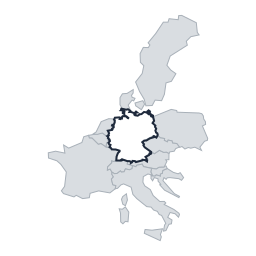 Germany highlighted, Natural Earth projection
{"feature_id": "DEU", "entity_name": "Germany", "entity_type": "country or territory", "adm_level": 0, "iso_a3": "DEU", "parent_name": "Europe", "parent_adm1": "", "projection": "natural_earth1", "projection_center": [10.44, 51.169], "detail": "medium", "context": "with_neighbors", "style": "outline", "palette": "slate", "viewbox_px": 256, "rotation_deg": 0, "n_neighbors": 13, "source": "natural_earth", "source_scale": "50m", "svg_char_len": 7207}
<svg xmlns="http://www.w3.org/2000/svg" viewBox="0 0 256 256"><path d="M108.8,147.2L111.4,149.1L119.4,150.4L116.5,155.3L115.7,160.4L114.2,161.6L111.6,161.0L111.8,162.8L107.6,166.9L107.4,170.1L110.1,169.0L112.0,172.2L111.8,174.2L113.4,176.9L111.4,179.1L112.8,184.7L115.9,185.6L115.2,188.8L109.9,192.9L98.6,190.9L90.1,193.3L89.3,197.7L82.6,198.6L76.2,195.3L74.0,196.9L63.5,193.6L61.4,190.8L64.6,186.4L66.3,172.0L60.9,164.4L56.9,160.8L48.5,158.0L48.3,152.8L55.6,151.2L64.9,153.1L63.6,145.0L68.7,148.1L81.9,142.5L83.8,136.7L88.7,135.3L89.4,137.8L92.0,137.9L98.3,144.1L101.1,143.5L107.1,147.4L108.8,147.2ZM122.7,196.6L126.4,193.8L127.4,200.0L125.4,205.7L122.8,204.2L121.5,199.3L122.7,196.6Z" fill="#d9dde1" stroke="#a8b0b8" stroke-width="1"/><path d="M135.6,82.0L142.2,73.5L143.8,65.7L140.4,62.3L140.1,53.6L143.3,47.4L148.3,47.6L149.9,45.0L148.1,42.8L155.6,33.7L163.3,22.2L168.0,22.2L169.1,18.7L178.2,19.7L178.7,15.6L181.7,15.4L196.3,22.7L197.3,32.4L199.1,34.9L190.8,36.7L186.3,41.2L187.3,45.2L170.2,56.0L166.9,65.3L170.7,70.0L175.9,73.7L171.4,81.3L166.0,82.9L164.4,94.3L161.6,100.7L155.1,100.1L152.2,105.5L145.9,105.8L144.2,99.3L139.6,91.6L135.6,82.0Z" fill="#d9dde1" stroke="#a8b0b8" stroke-width="1"/><path d="M203.3,115.9L203.7,119.0L205.4,121.6L205.6,124.4L202.4,125.9L207.7,138.4L207.3,140.4L204.6,141.2L199.9,147.1L201.5,150.4L194.8,147.2L190.8,148.2L188.2,147.5L184.9,149.0L182.0,146.5L179.7,147.4L176.7,143.5L172.6,143.1L172.0,140.9L168.1,140.1L167.4,141.9L164.3,140.4L164.6,138.5L160.4,137.9L157.8,135.6L155.4,131.1L155.8,128.6L154.4,124.9L152.3,122.4L153.8,120.5L152.5,117.0L171.2,109.4L176.7,110.5L177.1,112.2L199.0,113.0L201.8,113.7L203.3,115.9Z" fill="#d9dde1" stroke="#a8b0b8" stroke-width="1"/><path d="M169.0,153.4L168.9,159.7L165.7,159.8L166.9,161.3L164.1,167.2L159.1,167.3L156.3,169.0L143.5,166.6L142.2,164.1L136.6,165.3L135.9,166.7L127.1,164.1L127.7,161.1L129.4,160.7L132.3,162.7L133.1,160.8L138.1,161.1L142.1,159.8L144.8,160.0L146.6,161.5L147.1,160.3L146.2,155.6L148.2,154.7L150.2,151.4L154.4,153.7L159.4,150.3L163.8,152.4L166.4,152.1L169.0,153.4Z" fill="#d9dde1" stroke="#a8b0b8" stroke-width="1"/><path d="M167.2,168.5L173.4,172.4L178.1,173.8L180.2,172.7L183.6,177.6L181.5,180.3L178.9,178.7L170.0,177.6L167.3,177.8L166.1,179.3L164.0,177.6L162.9,180.6L174.3,193.6L179.5,196.4L178.9,197.6L164.6,190.2L159.7,184.8L160.8,184.3L158.1,181.2L158.0,178.8L154.3,177.6L152.6,180.8L150.9,178.3L151.2,175.7L155.1,175.9L156.2,174.7L160.4,176.0L160.3,174.0L162.3,173.3L162.8,170.4L167.2,168.5Z" fill="#d9dde1" stroke="#a8b0b8" stroke-width="1"/><path d="M127.7,161.1L127.1,164.1L132.5,165.6L132.1,168.6L129.6,169.8L125.4,168.9L124.1,171.8L121.4,172.1L120.4,170.9L117.2,173.4L114.5,173.7L112.0,172.2L110.1,169.0L107.4,170.1L107.6,166.9L111.8,162.8L111.6,161.0L114.2,161.6L115.7,160.4L120.5,160.5L121.7,158.9L127.7,161.1Z" fill="#d9dde1" stroke="#a8b0b8" stroke-width="1"/><path d="M108.1,142.5L109.1,144.1L108.8,147.2L105.9,146.8L106.6,142.8L108.1,142.5Z" fill="#d9dde1" stroke="#a8b0b8" stroke-width="1"/><path d="M108.8,137.7L108.1,142.5L106.6,142.8L105.9,146.8L101.1,143.5L98.3,144.1L92.0,137.9L89.4,137.8L88.7,135.3L102.4,133.0L108.8,137.7Z" fill="#d9dde1" stroke="#a8b0b8" stroke-width="1"/><path d="M113.3,118.9L114.2,121.3L112.8,127.7L111.3,130.3L108.0,130.3L108.8,137.7L102.4,133.0L97.2,134.4L93.2,133.9L96.1,132.0L101.2,121.6L108.7,118.7L113.3,118.9Z" fill="#d9dde1" stroke="#a8b0b8" stroke-width="1"/><path d="M132.5,165.6L135.9,166.7L136.6,165.3L142.2,164.1L143.5,166.6L151.6,168.4L151.0,172.0L152.4,175.0L147.9,174.0L143.3,176.6L142.9,182.2L144.8,185.9L150.3,189.6L153.2,195.6L159.8,201.5L164.3,201.4L165.8,203.0L164.2,204.5L173.8,209.4L178.9,213.2L179.5,214.5L178.5,217.2L175.2,213.8L170.1,212.5L167.7,217.3L172.0,220.0L171.4,223.8L168.9,224.3L165.9,230.6L163.5,231.1L164.6,225.0L165.8,223.4L161.6,215.4L159.2,214.5L157.4,211.4L153.6,210.0L151.1,207.1L146.7,206.6L136.8,198.6L132.9,194.4L131.1,187.2L123.6,183.9L120.9,184.9L117.6,188.3L115.2,188.8L115.9,185.6L112.8,184.7L111.4,179.1L113.4,176.9L111.8,174.2L112.0,172.2L114.5,173.7L117.2,173.4L120.4,170.9L121.4,172.1L124.1,171.8L125.4,168.9L129.6,169.8L132.1,168.6L132.5,165.6ZM152.0,230.2L162.5,228.8L160.4,234.6L161.3,236.9L160.2,240.6L144.3,233.3L145.1,229.5L152.0,230.2ZM122.4,209.2L125.3,206.9L128.8,212.1L128.0,221.8L125.3,221.4L122.9,223.8L120.7,221.9L120.5,213.0L119.2,208.8L122.4,209.2Z" fill="#d9dde1" stroke="#a8b0b8" stroke-width="1"/><path d="M129.7,108.5L126.2,109.5L122.2,108.6L120.0,104.8L120.0,97.7L122.4,93.8L127.1,93.4L133.2,89.6L133.1,93.1L131.5,95.3L132.1,97.3L135.0,98.3L133.7,100.9L132.1,100.1L128.2,105.1L129.7,108.5ZM142.8,100.7L144.6,104.1L141.4,109.7L135.7,105.8L135.0,103.0L142.8,100.7Z" fill="#d9dde1" stroke="#a8b0b8" stroke-width="1"/><path d="M151.6,168.4L156.3,169.0L159.1,167.3L164.1,167.2L165.1,165.9L166.1,166.0L167.2,168.5L162.8,170.4L162.3,173.3L160.3,174.0L160.4,176.0L156.2,174.7L155.1,175.9L151.2,175.7L152.4,175.0L151.0,172.0L151.6,168.4Z" fill="#d9dde1" stroke="#a8b0b8" stroke-width="1"/><path d="M157.8,135.6L160.4,137.9L164.6,138.5L164.3,140.4L167.4,141.9L168.1,140.1L172.0,140.9L172.6,143.1L176.7,143.5L179.4,147.0L175.7,148.6L174.2,151.2L169.8,151.9L169.0,153.4L166.4,152.1L163.8,152.4L159.4,150.3L154.4,153.7L144.1,146.6L142.5,141.5L153.9,135.5L155.3,136.3L157.8,135.6Z" fill="#d9dde1" stroke="#a8b0b8" stroke-width="1"/><path d="M127.3,161.1L122.0,159.3L121.0,159.9L122.0,160.3L121.2,160.6L116.3,160.5L116.6,156.6L117.9,153.1L119.6,151.4L119.6,150.7L115.8,149.5L111.8,149.4L110.7,147.7L109.6,147.3L110.5,144.9L109.2,144.3L108.4,142.8L109.9,141.2L109.8,140.2L108.9,139.7L109.2,139.2L107.9,138.1L108.2,137.0L107.2,136.1L108.7,135.3L108.4,134.8L109.1,133.2L107.8,130.7L112.2,129.9L112.5,129.4L112.1,128.7L113.7,127.4L113.7,126.3L112.0,125.6L112.3,124.8L113.7,124.8L114.7,122.5L114.8,120.3L114.0,119.6L114.9,117.7L119.3,117.4L120.1,118.5L119.8,119.0L120.5,119.1L121.0,118.0L121.9,118.7L121.9,119.5L122.1,116.8L122.6,116.2L125.8,116.3L127.8,118.1L128.9,118.4L126.4,116.3L124.6,115.8L124.2,113.5L122.8,113.2L122.8,112.5L124.4,112.0L124.5,111.5L123.0,109.0L126.1,109.7L128.0,109.3L130.2,110.6L129.4,112.0L130.9,111.9L134.1,113.1L135.6,112.6L135.6,114.0L134.5,114.8L135.1,115.3L137.7,115.7L139.8,114.3L141.5,114.1L144.0,112.0L146.5,112.4L148.8,114.3L150.3,114.2L151.1,116.3L153.2,117.2L154.1,120.9L152.6,123.1L155.4,125.6L155.0,126.8L156.2,128.7L155.4,130.5L156.1,132.6L157.3,133.3L157.7,134.5L157.5,135.7L156.4,137.6L153.9,136.1L153.6,136.3L154.2,137.1L149.8,138.4L146.4,140.5L144.2,140.6L142.7,142.1L141.7,141.5L144.0,144.2L143.4,145.3L144.7,147.3L151.1,151.9L151.2,153.5L150.6,154.0L149.6,153.5L149.0,155.1L145.5,156.9L146.6,158.5L146.3,159.7L147.2,160.2L147.0,161.4L145.1,160.1L142.5,159.7L142.3,160.4L135.9,162.1L134.9,161.1L132.5,160.9L132.1,162.2L131.0,162.9L131.1,162.3L129.8,161.2L127.3,161.1ZM149.5,112.1L150.2,113.3L149.0,112.9L148.3,113.6L147.2,112.7L147.3,111.5L148.6,110.4L149.9,111.4L149.5,112.1ZM153.0,115.6L153.0,116.2L151.4,116.1L150.8,114.4L153.0,115.6ZM121.0,109.8L121.5,107.9L121.4,109.0L122.7,109.1L121.0,109.8ZM137.0,112.4L136.2,112.4L135.6,112.0L136.0,111.6L137.0,112.4ZM122.1,110.0L122.3,110.5L121.5,110.3L122.1,110.0Z" fill="none" stroke="#1e293b" stroke-width="2"/></svg>